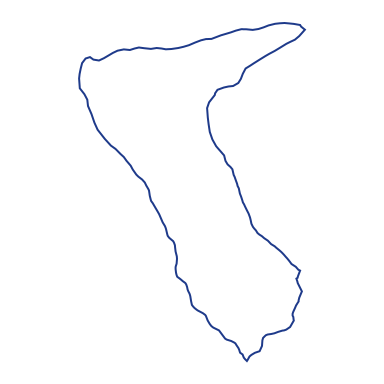 Khamdang, Tashi Yangtse, Bhutan
{"feature_id": "84629894B8594333696948", "entity_name": "Khamdang", "entity_type": "district", "adm_level": 2, "iso_a3": "BTN", "parent_name": "Bhutan", "parent_adm1": "Tashi Yangtse", "projection": "orthographic", "projection_center": [91.563, 27.489], "detail": "fine", "context": "isolated", "style": "outline", "palette": "blue", "viewbox_px": 384, "rotation_deg": 0, "n_neighbors": 0, "source": "geoboundaries", "source_scale": "gbopen_adm2", "svg_char_len": 3207}
<svg xmlns="http://www.w3.org/2000/svg" viewBox="0 0 384 384"><path d="M300.1,25.0L293.8,23.9L288.9,23.4L284.5,23.0L279.7,23.3L275.1,23.8L268.6,25.4L263.5,27.4L258.5,29.0L252.7,29.9L246.5,29.3L241.3,29.2L235.9,30.6L230.8,32.4L226.1,33.8L221.0,35.3L216.0,37.2L211.5,38.9L205.9,39.1L201.0,40.3L195.2,42.5L188.9,45.2L183.5,46.8L178.3,48.0L171.4,49.0L165.8,49.3L161.5,48.5L156.7,48.0L150.9,48.9L144.2,48.2L138.9,47.5L134.6,48.5L129.9,50.0L123.8,49.4L117.5,50.7L112.9,52.9L108.5,55.5L103.9,58.2L99.0,60.5L93.4,59.6L90.0,57.1L85.6,58.5L82.1,63.1L80.7,68.6L79.6,74.0L79.1,78.5L79.8,88.3L84.4,94.2L87.3,99.7L88.0,106.0L91.5,114.1L94.4,122.6L97.6,129.7L104.8,138.9L110.9,145.6L115.6,149.0L120.3,153.8L123.8,157.0L126.5,160.8L130.7,165.7L132.3,168.7L132.8,169.6L136.3,174.6L138.3,176.6L142.1,179.5L144.8,182.5L146.3,185.6L148.3,189.0L149.0,190.5L149.8,195.9L150.8,199.9L151.2,201.1L152.7,203.1L154.5,206.2L157.5,211.3L159.1,214.1L159.5,215.0L162.7,222.4L165.0,226.2L165.8,228.3L166.1,229.4L167.4,234.9L167.8,236.0L169.2,237.8L173.2,241.2L174.0,242.7L174.9,245.2L175.1,247.5L175.6,251.6L176.8,256.3L177.0,258.8L176.6,263.7L175.9,265.9L175.6,267.1L175.6,269.1L176.0,272.6L176.5,274.8L177.2,276.7L178.2,277.5L179.6,278.5L181.1,279.7L182.7,281.1L185.3,283.0L186.2,284.4L187.1,287.0L187.6,289.5L188.3,291.3L189.5,293.6L190.0,295.1L190.3,296.3L191.1,301.2L191.9,304.9L193.1,306.5L194.5,308.0L196.5,309.6L197.6,310.4L202.9,313.2L204.5,314.4L205.2,314.9L205.9,315.9L206.4,317.2L207.7,320.5L209.7,323.9L211.3,326.0L213.0,327.4L213.9,327.9L219.0,330.4L225.1,338.6L226.7,339.6L231.2,341.0L234.3,342.6L235.4,343.4L236.5,345.2L237.5,346.7L238.4,348.0L239.2,349.8L239.7,351.5L240.1,352.7L242.6,354.5L243.2,356.1L243.8,357.6L245.0,359.1L246.2,360.3L246.9,361.0L247.7,359.8L249.5,356.5L251.4,354.9L254.9,352.8L259.6,351.2L261.4,347.3L262.0,345.9L262.4,340.3L263.1,337.9L265.0,336.0L265.9,335.2L267.7,334.5L271.2,334.0L274.4,333.3L278.1,331.9L282.4,330.6L284.1,330.4L286.3,329.6L290.1,327.0L293.2,321.6L293.8,320.6L293.6,319.5L293.3,316.9L292.6,315.6L292.6,313.8L293.1,312.2L293.9,310.4L294.6,308.9L295.0,308.0L296.1,305.4L296.8,304.3L297.9,302.5L298.6,301.5L298.6,300.4L299.3,297.6L301.9,291.4L297.7,283.0L297.4,281.6L296.4,278.6L297.6,277.8L297.9,276.4L300.1,270.6L298.3,269.7L295.8,266.8L291.5,264.0L289.9,261.8L288.9,260.5L287.1,258.3L285.8,256.9L284.0,254.8L282.5,253.2L281.2,251.9L279.5,250.4L276.2,247.7L274.7,246.3L271.1,244.1L267.9,240.7L264.2,238.2L261.8,236.1L259.4,234.6L257.5,233.0L255.9,230.4L254.9,229.3L254.1,228.4L252.9,226.8L251.4,223.7L250.8,220.7L250.5,219.4L250.0,217.4L248.6,213.6L247.0,210.5L244.8,206.0L244.1,204.4L242.9,202.4L242.4,200.6L241.1,196.6L239.9,193.6L239.5,191.7L238.8,188.3L237.6,186.0L237.1,183.8L236.0,180.8L234.6,176.8L233.7,175.0L232.4,169.3L230.5,167.0L227.6,164.4L225.5,160.9L224.1,155.4L216.2,146.3L212.4,139.5L209.8,132.0L208.6,124.1L207.8,117.5L207.1,108.1L209.1,102.3L214.8,95.0L215.1,93.3L217.5,89.8L223.9,87.5L228.4,86.5L233.1,86.0L238.3,83.0L240.9,78.8L242.8,73.8L245.6,68.5L250.3,65.6L253.8,63.3L260.0,59.4L265.5,56.0L269.3,53.8L274.6,51.0L279.9,47.8L286.4,43.8L290.2,41.9L294.9,39.7L299.2,36.1L304.9,29.7L301.1,26.6L300.1,25.0Z" fill="none" stroke="#1e3a8a" stroke-width="2"/></svg>